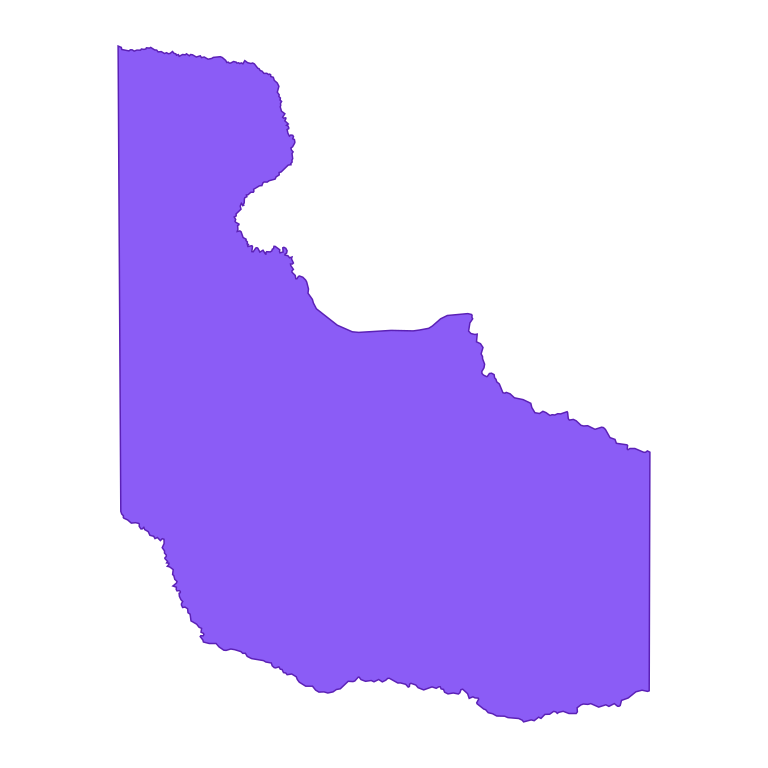 outline of General Roca, Río Negro, Argentina
{"feature_id": "61730980B10000603471831", "entity_name": "General Roca", "entity_type": "district", "adm_level": 2, "iso_a3": "ARG", "parent_name": "Argentina", "parent_adm1": "Río Negro", "projection": "albers", "projection_center": [-67.633, -38.378], "detail": "fine", "context": "isolated", "style": "filled", "palette": "violet", "viewbox_px": 768, "rotation_deg": 0, "n_neighbors": 0, "source": "geoboundaries", "source_scale": "gbopen_adm2", "svg_char_len": 6053}
<svg xmlns="http://www.w3.org/2000/svg" viewBox="0 0 768 768"><path d="M499.3,383.9L496.7,381.8L496.0,379.3L494.6,377.8L494.1,374.6L491.5,373.2L489.4,373.5L487.3,376.5L486.6,376.6L483.5,375.1L482.0,373.5L481.8,371.5L484.0,367.8L484.6,364.2L482.6,358.8L482.5,356.5L481.1,353.9L483.0,347.5L480.5,343.7L476.5,341.8L477.2,334.1L474.9,334.5L470.9,333.5L468.6,331.1L469.9,322.9L472.7,318.8L471.9,317.3L472.1,315.4L471.6,314.5L467.8,313.6L447.3,315.5L440.6,318.8L432.4,326.0L428.7,328.3L419.7,330.0L413.2,330.9L391.2,330.4L358.7,332.4L352.3,331.8L337.3,325.2L316.4,308.8L313.4,303.0L312.4,299.4L308.0,293.2L308.5,289.0L306.7,282.0L305.6,280.0L302.8,277.2L299.5,276.0L298.5,276.4L296.9,278.8L295.8,278.7L295.2,275.4L292.0,272.2L292.0,270.8L293.4,269.4L290.7,265.4L290.5,264.0L292.4,264.0L293.4,263.0L291.5,258.9L292.0,257.0L289.6,257.8L287.9,255.7L285.0,255.1L284.9,254.2L286.6,253.1L287.1,250.8L285.8,248.3L283.9,247.3L282.8,247.8L283.1,252.0L280.0,252.8L279.5,251.6L279.8,249.8L275.2,246.4L274.0,246.3L273.5,248.6L272.3,249.2L271.8,250.9L270.2,251.9L266.6,251.7L265.9,252.6L266.0,254.0L265.5,254.1L263.0,250.2L259.9,252.1L257.8,248.2L256.9,247.7L255.8,248.0L253.2,251.8L251.8,251.6L252.5,246.6L251.9,245.7L247.9,246.5L247.6,245.7L248.4,244.4L247.1,243.9L247.4,241.9L246.0,240.6L246.1,239.2L243.1,237.5L241.1,231.8L239.9,230.9L237.2,231.5L237.9,229.4L237.6,225.6L238.9,224.8L239.0,224.1L235.6,222.2L235.0,221.3L235.7,219.5L234.2,217.0L236.2,215.9L236.1,213.9L241.0,209.2L240.2,206.1L241.3,203.4L242.8,205.7L243.8,205.1L243.1,204.2L244.2,203.0L244.4,198.9L244.8,197.7L246.9,196.7L246.4,195.0L248.1,194.7L250.8,192.3L253.4,192.2L253.9,191.2L253.6,189.3L259.5,185.8L261.9,185.6L262.9,182.9L264.1,182.0L267.2,182.1L269.2,180.7L275.1,179.1L276.1,176.9L279.2,174.9L279.1,172.5L281.1,172.0L288.2,165.1L291.0,164.7L290.7,163.7L292.1,162.1L292.0,160.0L292.7,158.7L292.0,153.5L293.1,151.9L291.5,150.1L290.9,148.0L292.6,146.8L294.5,143.4L294.9,142.2L294.4,139.5L292.7,138.8L293.5,136.6L292.7,135.3L290.8,135.0L289.4,136.1L287.9,133.2L287.1,129.5L288.7,128.7L288.8,127.9L288.1,126.1L286.5,125.3L288.3,124.0L284.8,120.8L285.9,118.6L285.7,117.8L283.5,118.1L282.6,117.2L284.9,113.8L281.5,111.2L280.2,106.8L280.7,105.6L280.5,103.3L281.6,101.4L280.1,100.1L280.4,98.0L278.9,96.5L279.2,94.8L277.3,92.2L278.9,86.3L277.2,82.9L274.3,80.4L273.3,77.3L270.7,76.5L270.7,74.8L269.7,74.1L268.6,74.5L266.8,73.3L263.9,73.4L262.1,71.2L260.2,70.5L259.0,68.6L257.8,68.3L254.4,63.9L252.7,63.0L250.9,63.5L247.6,62.7L244.8,60.6L242.9,63.8L241.3,62.9L239.8,63.6L238.7,62.8L236.9,63.1L236.3,62.2L233.6,61.5L230.5,63.1L229.3,63.1L228.2,62.1L226.8,62.5L225.7,60.4L222.3,57.5L220.3,56.7L213.3,57.4L211.8,58.4L208.1,59.2L204.2,57.0L201.5,57.6L200.3,55.8L196.3,57.0L192.5,54.8L190.6,54.5L189.3,55.8L186.5,53.8L185.2,54.8L182.6,54.5L179.2,56.3L178.4,54.6L176.5,55.2L175.8,53.8L174.1,53.4L172.5,51.5L170.0,53.5L168.2,53.7L166.6,52.7L164.5,53.5L161.3,51.6L158.1,51.9L156.7,50.1L154.6,49.9L150.7,47.4L149.5,48.1L146.4,47.8L145.9,48.9L144.0,49.4L141.4,49.0L140.5,50.2L136.9,50.1L134.2,51.1L132.1,49.8L130.4,49.8L128.9,50.9L121.8,49.5L121.3,47.4L118.1,46.1L120.8,511.4L121.7,514.0L123.4,515.8L123.3,517.5L123.9,518.2L127.6,519.9L131.3,523.1L135.6,522.7L138.7,523.4L139.3,524.0L139.2,526.3L140.9,528.9L142.2,528.9L143.8,527.4L144.7,529.6L148.2,531.6L149.9,535.3L153.7,536.3L155.0,538.6L157.4,537.5L160.4,540.6L162.3,538.7L164.0,539.3L164.1,543.5L162.2,547.7L164.5,550.9L164.5,553.1L166.3,555.1L166.2,556.6L165.0,557.6L164.9,558.6L167.6,561.4L166.6,562.9L168.9,563.2L168.8,564.5L167.3,566.3L169.4,566.8L173.2,569.6L172.6,574.5L173.8,575.7L174.8,579.4L177.0,581.4L176.5,583.0L172.9,586.0L176.4,587.2L176.2,589.4L177.0,590.9L179.3,590.6L180.3,591.4L180.3,592.6L179.1,593.3L179.4,596.4L181.0,599.8L182.7,601.5L181.5,603.6L181.4,604.9L182.6,607.5L185.0,607.1L187.6,608.7L188.0,612.7L190.1,614.2L191.0,620.9L196.7,624.2L199.0,627.2L201.6,628.4L201.0,632.2L203.5,633.4L203.9,634.6L203.1,635.8L200.8,635.7L200.2,636.6L202.9,640.1L203.4,642.0L209.2,643.5L216.1,643.5L219.0,646.9L223.8,650.2L226.1,650.4L230.8,649.0L234.8,649.7L240.9,651.6L242.7,653.3L245.4,653.3L247.2,656.4L251.6,658.6L263.5,660.6L265.8,662.0L271.3,663.0L272.2,665.8L274.2,667.6L275.6,667.9L278.9,666.9L280.3,669.2L282.1,669.5L283.5,672.6L285.8,673.0L287.1,674.7L291.7,674.0L296.3,676.8L297.3,679.5L299.3,682.2L305.7,686.2L312.5,686.2L315.6,690.1L318.9,692.1L324.0,691.9L327.8,693.0L333.0,691.9L336.4,689.5L340.3,688.8L348.2,681.3L353.0,681.6L354.8,681.0L358.3,677.1L359.2,677.2L361.0,679.6L365.5,681.3L371.2,680.5L374.0,681.8L378.7,679.5L382.3,681.9L385.8,680.2L387.7,678.4L389.4,678.3L397.8,683.0L400.4,682.9L405.7,684.3L408.2,687.1L409.4,686.5L409.6,684.2L410.9,683.3L415.8,685.0L418.1,687.7L423.7,689.9L432.0,686.9L436.2,688.3L438.8,686.8L440.2,686.7L441.1,688.9L443.5,689.4L444.6,692.2L448.0,693.9L453.3,693.0L458.4,694.0L459.9,692.7L460.9,689.7L462.7,689.2L467.6,693.7L469.2,698.4L472.9,696.8L475.0,697.9L478.1,698.1L478.7,699.1L476.7,702.8L477.1,703.8L483.8,709.1L485.6,709.7L488.2,712.7L492.5,713.7L496.7,716.0L504.6,716.2L507.9,717.6L518.7,718.5L522.2,720.2L523.6,721.9L531.2,719.9L534.2,720.7L538.6,717.2L541.0,718.4L544.9,714.4L549.7,714.2L553.6,711.4L555.7,711.8L557.3,713.4L558.8,712.3L563.2,711.3L568.9,713.5L576.2,713.5L577.4,711.8L577.1,707.8L580.9,704.9L583.4,704.0L587.8,704.4L590.8,703.6L598.7,707.1L605.9,704.8L608.9,706.4L614.3,703.6L617.5,706.2L618.9,706.3L620.2,705.5L621.5,700.4L628.2,698.0L635.9,691.8L642.0,690.2L647.6,691.4L649.2,690.8L649.9,452.2L647.4,450.9L645.5,452.3L643.8,452.3L634.9,448.5L629.9,448.5L628.0,449.7L627.2,449.0L627.6,445.5L626.9,444.8L616.4,443.3L615.0,439.4L610.0,437.6L605.4,429.4L603.5,427.6L601.6,427.2L595.0,429.3L587.7,425.7L583.7,426.0L581.0,425.3L576.2,420.8L573.3,419.4L569.4,420.1L568.3,418.7L567.6,412.5L567.1,411.7L560.6,413.9L557.7,413.7L554.8,415.0L552.1,414.7L550.0,415.5L546.0,412.6L542.9,411.3L539.5,413.5L534.9,412.7L531.8,407.5L530.8,403.3L523.1,399.6L514.4,397.8L510.1,393.8L506.2,392.4L505.0,393.2L502.9,392.7L499.3,383.9Z" fill="#8b5cf6" stroke="#5b21b6" stroke-width="1.5"/></svg>